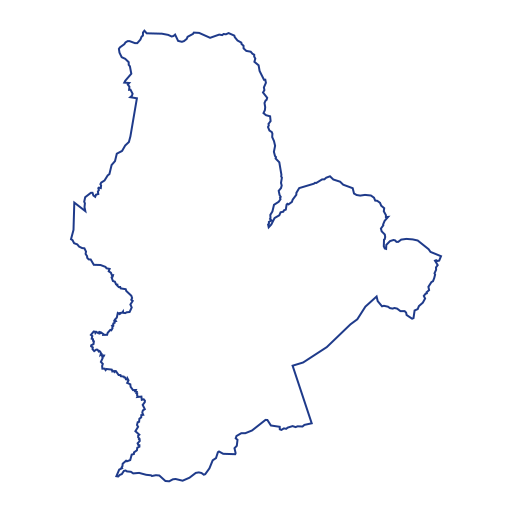 Bibiani-anhwiaso-bekwai Municipal, Western, Ghana (orthographic projection)
{"feature_id": "2480657B81329004729189", "entity_name": "Bibiani-anhwiaso-bekwai Municipal", "entity_type": "district", "adm_level": 2, "iso_a3": "GHA", "parent_name": "Ghana", "parent_adm1": "Western", "projection": "orthographic", "projection_center": [-2.296, 6.295], "detail": "fine", "context": "isolated", "style": "outline", "palette": "blue", "viewbox_px": 512, "rotation_deg": 0, "n_neighbors": 0, "source": "geoboundaries", "source_scale": "gbopen_adm2", "svg_char_len": 5963}
<svg xmlns="http://www.w3.org/2000/svg" viewBox="0 0 512 512"><path d="M281.4,429.9L283.9,428.4L286.2,428.8L287.7,427.6L292.6,426.1L295.6,427.1L297.6,426.3L302.5,426.5L304.4,424.9L311.7,423.3L292.6,365.7L303.1,362.5L326.8,347.1L350.5,324.3L357.3,319.3L365.4,306.6L376.6,296.5L377.7,301.1L382.0,306.3L383.9,305.8L388.0,306.7L389.9,308.1L392.7,308.6L394.4,308.0L397.1,308.6L400.4,311.1L404.6,311.1L406.1,312.6L406.6,315.0L412.1,318.7L413.5,318.1L414.6,310.5L417.7,309.1L418.9,306.1L422.8,302.7L425.1,298.5L423.8,295.9L425.5,293.8L426.8,293.3L426.6,292.3L429.1,290.1L428.4,286.8L431.4,282.1L433.0,281.2L434.2,278.1L435.1,274.6L434.5,273.3L436.1,269.8L436.0,267.4L437.7,265.1L435.0,260.7L436.2,260.2L437.5,261.0L439.2,260.6L441.0,256.2L430.5,251.9L428.6,249.2L417.7,240.5L412.7,239.4L406.4,238.9L401.2,239.6L398.2,241.9L396.5,241.9L395.1,240.4L393.5,240.0L390.0,241.1L386.3,244.9L386.1,248.9L384.8,248.5L383.8,246.3L384.0,239.7L384.7,239.2L385.2,237.0L384.8,234.5L381.7,231.4L380.9,228.6L383.3,225.3L383.1,224.5L384.6,220.9L388.1,216.9L385.9,217.1L385.9,215.1L383.8,211.3L384.2,208.2L381.2,205.7L380.0,202.8L377.2,200.8L375.2,200.6L374.0,197.7L370.9,195.5L365.0,194.9L360.2,195.6L356.6,195.0L354.0,193.5L352.7,188.2L343.2,184.7L340.1,181.7L333.3,179.5L330.0,176.3L326.2,177.7L324.4,179.3L322.1,179.4L316.2,183.0L315.0,182.8L313.9,183.7L299.2,188.1L296.4,192.8L296.3,194.8L292.7,199.6L291.9,201.9L288.5,204.4L287.4,203.8L286.6,204.6L285.8,209.6L283.9,210.4L283.3,211.7L280.6,212.3L279.3,215.3L274.6,218.0L271.3,224.5L268.7,227.3L268.1,224.5L268.9,223.9L268.9,221.9L271.5,220.4L270.0,218.9L270.5,218.0L270.3,214.9L272.4,211.5L274.0,204.8L278.7,201.8L280.5,199.2L280.0,197.8L280.7,196.9L279.6,195.1L278.7,190.8L281.0,188.1L281.7,185.5L281.0,182.9L281.9,177.6L281.2,176.5L281.4,174.7L279.3,162.3L275.6,158.5L276.0,157.1L275.0,156.0L273.9,151.8L275.1,145.8L274.0,141.1L272.2,137.1L272.4,133.7L271.8,132.1L269.4,130.5L268.0,127.0L268.8,125.4L268.5,123.9L270.6,121.1L270.1,116.3L266.0,115.2L263.5,113.1L264.9,110.1L265.2,107.2L264.5,103.0L265.6,100.5L266.6,99.8L267.2,97.8L263.0,92.5L264.4,90.1L263.9,87.4L265.9,82.8L265.3,79.7L264.0,79.8L259.6,71.0L258.6,65.3L254.4,61.8L255.3,58.6L254.2,56.6L254.2,54.7L252.5,53.8L250.7,51.7L246.3,50.9L243.6,48.4L243.5,45.7L241.6,44.1L241.3,42.6L237.5,40.5L234.8,37.2L234.3,35.6L228.6,33.1L225.9,34.3L223.6,34.0L222.2,35.1L219.2,34.6L210.1,37.8L199.1,32.9L193.8,32.6L193.0,33.9L187.6,36.8L186.7,38.9L184.0,41.1L181.9,41.8L178.1,40.9L175.1,34.6L173.5,36.0L171.7,36.5L168.2,34.9L161.9,33.7L146.7,33.3L144.4,30.7L143.0,32.5L142.9,35.6L141.6,36.6L140.4,39.6L137.3,43.1L134.9,43.1L129.5,41.1L127.7,41.1L125.5,42.4L124.3,44.2L119.9,47.4L118.9,48.9L119.5,52.7L121.7,57.2L125.2,58.8L128.7,62.2L128.7,64.8L129.9,66.3L131.3,73.7L125.3,80.7L124.3,82.6L129.2,83.0L127.8,84.6L129.4,86.7L129.1,89.8L130.5,89.7L132.6,93.8L131.9,95.8L130.3,97.2L136.9,98.3L130.4,136.4L128.9,142.0L125.2,145.5L122.1,150.9L116.8,153.7L115.0,161.1L111.6,165.0L109.4,174.1L107.7,175.4L104.5,180.5L101.2,182.6L100.4,184.2L101.1,185.4L100.8,188.1L98.9,187.6L98.3,188.2L98.9,190.0L97.9,191.6L98.3,194.0L96.0,194.7L95.2,196.8L93.4,195.5L92.5,192.8L90.9,192.8L85.2,197.2L84.2,201.7L84.9,203.3L84.5,207.1L85.3,211.1L74.3,202.6L73.5,229.9L71.0,239.2L72.5,240.1L74.1,243.2L77.3,244.4L79.1,246.6L82.2,248.1L84.4,248.3L86.0,251.6L85.6,253.9L87.1,256.2L87.2,257.8L88.7,259.4L90.7,259.5L93.8,264.8L100.5,265.0L105.5,266.9L106.5,268.3L109.6,268.9L108.7,271.3L110.9,272.7L111.9,275.3L113.0,275.2L112.6,276.7L111.6,277.4L112.9,281.0L114.9,281.7L116.0,284.3L117.3,284.6L117.1,285.4L118.8,287.1L120.2,287.0L120.7,288.4L125.7,289.2L126.3,291.0L131.3,295.7L132.1,298.0L131.3,299.8L132.7,300.9L130.4,304.5L131.7,307.5L129.6,312.0L126.6,312.3L125.3,313.1L123.1,312.8L123.0,311.6L122.3,312.6L120.1,313.0L120.3,313.6L119.6,314.1L117.8,313.0L116.8,317.6L114.9,319.6L115.8,321.0L114.3,321.1L114.7,322.7L113.3,323.5L113.3,324.8L112.3,325.6L113.1,326.1L112.3,327.0L112.5,328.3L111.3,330.3L110.3,329.9L107.7,332.8L107.1,334.8L103.2,334.9L103.4,334.1L101.5,332.8L100.3,333.2L100.6,332.3L99.3,331.9L98.2,333.1L96.3,331.9L95.4,333.0L95.0,331.7L93.7,331.5L90.9,334.9L92.3,336.0L91.7,338.7L93.0,339.2L93.1,340.9L93.9,341.3L93.5,344.1L91.2,345.3L91.1,346.3L92.8,347.4L92.5,349.1L94.2,351.1L96.3,349.6L97.5,349.7L98.8,351.5L99.5,351.0L100.2,351.7L101.0,353.2L100.7,354.4L101.9,353.3L101.2,355.2L104.0,355.5L103.5,356.5L102.3,356.8L102.6,358.2L100.9,361.9L102.8,363.9L102.1,366.0L102.4,368.7L104.7,368.7L105.6,370.1L106.5,369.0L111.7,369.6L112.3,371.3L112.9,370.8L114.5,372.0L114.9,371.0L115.9,371.1L118.6,375.0L120.5,375.1L120.8,376.2L123.8,376.6L124.3,377.5L125.5,377.6L125.9,379.3L127.6,379.6L127.7,378.9L128.5,380.4L127.2,382.9L130.3,384.3L130.6,386.8L133.0,390.1L135.8,390.0L135.1,391.4L136.8,391.9L136.4,393.2L137.2,393.4L137.1,395.3L137.7,396.2L137.3,397.0L141.4,396.6L141.8,399.8L143.7,399.3L144.9,400.7L144.8,402.1L142.7,404.9L144.8,409.2L143.0,410.3L142.6,411.2L142.3,412.8L143.2,414.8L141.3,415.1L141.2,417.4L139.4,418.7L139.1,421.8L137.7,422.2L137.0,425.0L138.1,426.8L135.4,431.2L139.3,434.7L138.2,435.6L138.2,437.4L139.4,438.6L139.0,439.4L139.7,439.9L139.7,441.1L137.6,443.3L138.3,445.0L139.4,445.2L139.4,446.7L137.3,447.7L136.9,450.3L134.0,452.4L133.9,454.0L131.7,454.6L130.2,460.1L126.9,461.3L126.1,460.7L122.7,463.7L122.4,466.3L121.6,467.4L122.1,468.2L119.2,469.6L116.4,476.2L118.2,476.5L119.8,474.9L121.8,474.1L123.9,470.9L125.6,470.5L126.9,471.4L130.9,471.8L133.2,473.4L139.1,472.9L146.2,474.8L151.0,475.3L151.9,476.0L155.9,475.2L159.3,475.5L165.4,481.0L169.2,481.3L172.9,479.3L175.6,479.0L182.6,480.7L189.5,477.7L195.8,472.9L198.8,472.4L201.5,473.0L203.8,474.7L205.2,474.2L209.4,468.4L212.7,460.3L216.0,458.1L217.9,452.2L219.0,451.5L223.2,453.8L235.2,454.2L235.6,453.1L234.5,448.2L236.8,445.8L237.5,439.8L235.7,438.3L236.5,436.0L241.3,433.2L245.3,433.2L252.0,430.5L265.5,419.9L267.4,420.0L270.9,425.5L279.7,426.8L279.8,429.3L281.4,429.9Z" fill="none" stroke="#1e3a8a" stroke-width="2"/></svg>